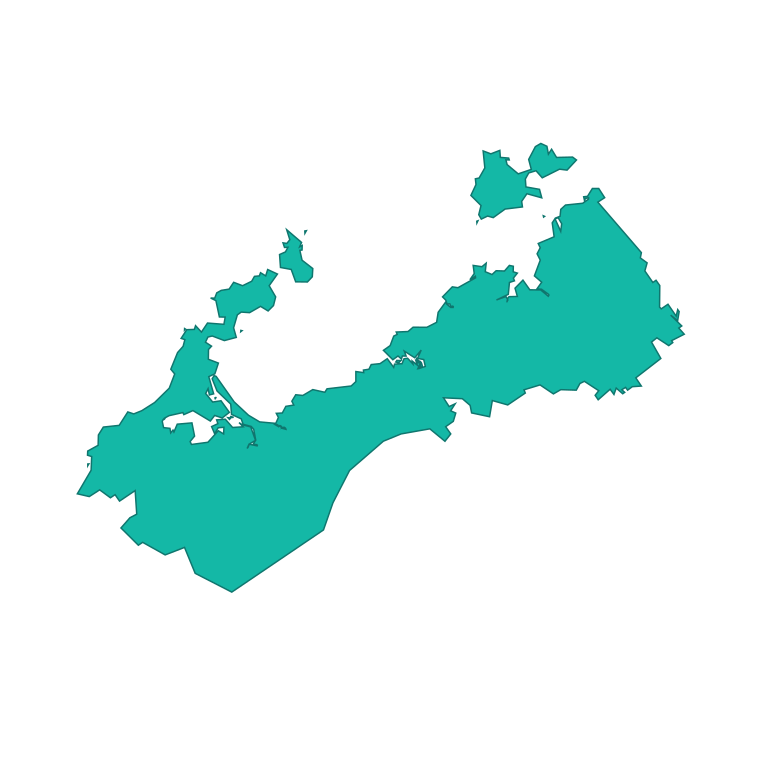 Glamorgan-Spring Bay, Tasmania, Australia, rotated 225°
{"feature_id": "25037944B36269977330964", "entity_name": "Glamorgan-Spring Bay", "entity_type": "district", "adm_level": 2, "iso_a3": "AUS", "parent_name": "Australia", "parent_adm1": "Tasmania", "projection": "orthographic", "projection_center": [148.12, -42.278], "detail": "fine", "context": "isolated", "style": "filled", "palette": "teal", "viewbox_px": 768, "rotation_deg": 225, "n_neighbors": 0, "source": "geoboundaries", "source_scale": "gbopen_adm2", "svg_char_len": 6182}
<svg xmlns="http://www.w3.org/2000/svg" viewBox="0 0 768 768"><g transform="rotate(225 384 384)"><path d="M468.2,96.2L443.7,96.3L442.7,101.4L417.9,108.4L409.5,127.4L383.6,116.6L344.5,129.2L323.6,238.0L336.1,263.9L347.2,298.5L344.0,343.1L336.6,360.8L319.9,384.7L300.4,386.6L301.5,395.9L310.2,397.4L308.6,406.6L312.7,414.2L317.9,412.2L319.7,420.3L322.0,414.1L332.2,416.3L318.2,429.0L308.0,429.8L301.6,425.5L286.2,435.5L295.7,448.9L281.7,456.7L277.7,477.5L280.9,478.9L273.0,493.7L257.2,496.8L255.0,505.0L243.7,515.6L245.8,522.9L244.2,527.6L227.4,531.1L226.7,525.3L221.4,524.3L220.4,540.2L214.0,539.2L216.9,545.3L208.3,545.9L207.9,548.3L211.8,548.1L210.8,552.4L207.4,551.9L206.5,557.7L200.6,564.5L210.3,566.4L206.3,597.8L224.5,602.8L223.7,609.6L209.8,612.5L209.1,617.5L211.3,618.0L206.9,631.5L215.1,632.0L214.5,635.6L230.0,635.4L221.2,636.5L226.5,643.9L228.9,644.3L225.4,638.6L239.6,641.2L241.1,633.2L243.5,633.2L258.6,648.6L265.0,649.7L265.7,645.9L279.5,648.4L283.6,655.7L291.9,654.4L294.9,658.9L361.4,663.8L359.7,671.8L370.4,674.1L374.9,669.6L372.8,660.6L375.2,657.6L372.1,655.6L372.7,657.8L371.0,660.3L370.1,659.3L371.3,652.3L382.2,638.9L382.5,632.5L378.1,627.1L379.9,623.0L379.7,622.1L378.4,624.7L371.7,623.0L367.0,616.9L380.0,621.8L379.0,616.9L367.8,608.4L374.3,592.4L369.9,590.8L367.8,584.3L361.1,582.1L354.1,566.8L344.5,567.5L343.1,559.4L339.6,562.4L330.9,563.8L330.2,563.4L329.9,562.2L339.7,561.3L347.5,553.7L359.2,555.7L359.1,544.4L351.6,540.2L357.3,534.2L357.1,531.6L355.8,530.9L355.8,530.3L355.3,529.5L355.2,529.1L355.3,528.9L355.5,528.6L355.3,529.1L355.9,530.2L355.8,530.9L359.6,532.1L363.9,522.9L359.5,535.3L367.1,544.5L364.7,549.2L367.4,550.4L368.1,556.7L372.0,554.7L375.8,558.7L379.2,556.5L378.7,549.1L384.8,543.4L385.0,537.8L391.8,535.0L397.2,541.7L397.7,536.2L404.8,530.9L398.3,525.9L397.0,518.5L395.6,524.8L394.3,523.8L399.8,504.4L404.4,501.0L404.2,487.0L399.6,487.0L396.1,485.2L394.1,487.2L391.5,486.1L390.4,487.7L389.7,487.7L389.3,487.2L388.8,487.5L391.0,485.3L396.3,484.8L398.4,485.9L396.4,473.0L390.4,464.8L393.8,454.4L403.6,444.7L404.1,438.1L412.1,429.4L409.7,428.4L411.0,424.8L406.8,415.5L408.2,407.4L394.9,407.4L393.9,413.7L389.3,414.0L390.8,416.8L388.1,419.4L392.9,421.6L380.8,424.3L381.7,434.3L378.4,425.8L373.2,429.4L367.2,425.6L369.4,421.2L369.6,423.8L371.6,425.0L373.1,425.4L370.5,421.6L370.2,420.1L370.9,418.8L373.3,424.9L375.9,422.0L373.6,420.9L380.3,420.2L377.8,418.6L385.6,418.9L387.7,416.0L385.6,411.1L390.6,405.5L388.9,402.6L399.6,404.2L401.2,395.6L406.8,388.7L405.1,383.8L408.4,379.3L406.4,377.7L412.7,372.9L405.6,365.8L405.8,359.4L420.9,340.3L420.0,336.3L430.4,329.7L433.3,318.5L438.8,314.0L437.0,306.7L432.9,305.3L437.6,298.8L435.4,291.6L439.4,287.1L435.0,285.7L432.3,278.6L430.7,279.8L429.7,279.9L428.4,279.4L428.3,280.8L428.1,281.1L427.3,281.4L426.5,281.4L425.6,281.2L425.2,280.4L424.5,282.2L423.9,282.9L422.7,283.1L422.0,283.0L421.3,282.6L425.2,280.3L427.9,281.1L428.3,280.7L428.0,280.1L428.4,279.3L433.3,278.0L433.7,278.8L445.1,269.3L457.7,266.1L477.3,265.4L508.1,270.7L510.0,269.8L509.2,266.2L497.1,261.0L478.2,261.4L470.3,254.7L460.3,258.4L455.2,255.9L447.9,260.1L444.2,259.9L435.0,253.6L433.9,248.9L431.1,251.1L430.3,251.2L429.9,250.7L429.4,250.9L436.7,246.1L435.4,243.2L435.2,241.6L436.9,246.0L435.0,253.3L447.9,259.4L455.5,254.9L459.2,254.2L453.3,254.2L460.3,246.2L471.3,246.9L477.0,240.3L473.4,238.5L475.8,232.0L468.7,229.1L470.3,235.8L466.6,240.2L462.1,235.3L468.1,233.8L467.3,218.3L477.4,205.1L480.4,206.2L481.1,213.2L492.3,220.7L501.8,209.4L498.6,201.5L500.6,202.2L500.2,198.6L504.0,201.3L509.0,197.3L514.4,200.8L515.0,202.5L515.1,204.6L513.6,209.6L506.0,221.6L503.9,220.8L500.3,230.1L480.6,235.0L481.5,242.0L474.4,245.6L473.3,254.6L487.4,256.9L492.4,250.1L503.4,251.2L505.1,256.3L499.7,252.8L497.5,256.6L513.1,265.3L510.8,271.6L515.9,281.7L525.7,277.3L532.5,284.3L532.7,288.8L539.8,287.3L541.7,292.7L539.4,296.5L527.6,301.8L521.4,312.5L530.1,317.4L536.6,329.2L535.8,333.9L529.5,339.4L526.2,351.6L517.6,353.7L517.6,361.3L522.2,369.0L534.7,372.3L537.1,386.4L547.2,382.7L544.1,376.8L550.0,375.4L548.6,372.3L551.7,368.5L550.2,363.1L553.5,353.5L562.2,349.6L560.6,341.6L565.3,335.1L566.7,330.2L564.4,325.0L567.4,322.2L561.8,324.1L547.8,315.0L543.6,319.0L539.4,313.0L551.9,302.3L549.8,291.6L558.5,292.0L556.7,288.5L561.9,282.9L559.7,272.8L556.2,274.6L552.7,268.6L552.2,260.3L545.2,243.7L539.1,243.1L532.9,229.2L533.1,208.7L536.4,193.9L539.8,185.9L545.4,183.1L542.0,167.5L552.0,155.1L549.9,146.0L542.8,138.5L546.1,127.1L543.3,124.0L539.4,126.0L530.1,115.9L523.2,89.5L512.8,96.0L510.2,108.1L497.0,110.1L495.9,115.6L488.2,114.2L484.6,132.7L466.8,117.1L469.1,109.8L468.2,96.2ZM430.9,635.6L427.3,642.3L417.9,641.7L411.8,660.0L405.8,664.7L406.3,678.5L411.1,677.8L422.2,666.2L431.5,668.5L430.3,662.8L436.9,667.3L443.2,665.0L444.8,658.9L440.5,645.1L431.6,639.9L437.7,627.5L452.1,626.2L456.3,628.7L453.9,631.0L455.6,631.9L462.0,626.5L467.3,631.1L471.2,622.3L478.7,618.9L465.5,608.1L462.4,596.9L464.5,593.7L460.0,590.1L455.9,578.8L441.6,578.8L436.7,570.7L431.8,569.4L429.5,576.0L424.4,578.9L422.1,593.3L411.3,607.1L415.8,610.5L417.5,619.6L404.1,627.2L411.7,631.6L423.0,623.7L429.0,628.9L430.9,635.6ZM538.0,419.0L536.7,420.8L539.8,424.1L540.6,421.3L542.4,425.8L561.9,424.3L552.6,419.4L552.1,414.7L555.2,412.4L550.9,410.2L548.6,412.8L547.1,407.7L549.4,401.7L539.6,393.2L530.6,399.4L518.7,393.8L510.3,402.0L510.5,409.1L516.0,415.3L529.5,413.6L538.0,419.0ZM388.6,412.5L391.6,409.8L391.2,407.9L388.6,409.5L388.6,412.5ZM468.2,249.7L468.4,251.5L470.6,249.8L468.2,249.7ZM546.5,434.7L547.3,437.5L548.2,436.2L546.5,434.7ZM468.1,252.4L466.8,254.1L469.9,252.4L468.1,252.4ZM432.2,563.6L433.0,565.8L433.5,564.7L432.2,563.6ZM536.9,118.0L535.7,116.8L536.2,118.8L536.9,118.0ZM493.0,254.3L493.2,256.1L493.7,254.6L493.0,254.3ZM523.1,320.7L522.3,319.7L522.1,321.3L523.1,320.7ZM375.2,424.3L374.2,425.3L376.4,425.0L375.2,424.3ZM563.3,281.2L563.4,282.4L564.2,282.2L563.3,281.2ZM389.2,614.9L389.0,616.1L390.3,615.6L389.2,614.9ZM378.2,423.2L376.4,422.3L375.7,422.8L375.9,423.8L377.2,423.7L378.2,423.2ZM379.0,425.2L378.2,423.6L377.3,424.5L378.5,425.2L379.0,425.2ZM514.6,205.3L514.7,202.6L514.4,203.8L514.6,205.3Z" fill="#14b8a6" stroke="#0f766e" stroke-width="1.5"/></g></svg>